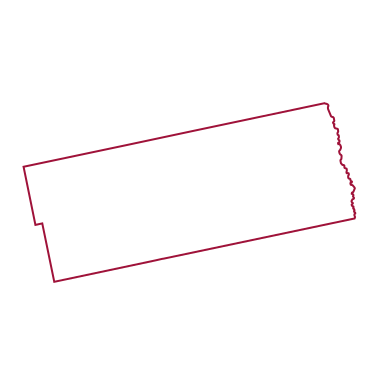 the district of Walsh, North Dakota, United States of America, rotated 348°
{"feature_id": "52423323B16407049475855", "entity_name": "Walsh", "entity_type": "district", "adm_level": 2, "iso_a3": "USA", "parent_name": "United States of America", "parent_adm1": "North Dakota", "projection": "equal_earth", "projection_center": [-97.196, 48.369], "detail": "fine", "context": "isolated", "style": "outline", "palette": "rose", "viewbox_px": 384, "rotation_deg": 348, "n_neighbors": 0, "source": "geoboundaries", "source_scale": "gbopen_adm2", "svg_char_len": 2057}
<svg xmlns="http://www.w3.org/2000/svg" viewBox="0 0 384 384"><g transform="rotate(348 192 192)"><path d="M32.5,132.3L32.0,191.6L39.0,191.6L38.6,251.2L142.3,251.3L148.9,251.2L150.5,251.3L345.5,251.7L346.3,250.4L346.0,248.6L346.1,248.0L346.4,247.4L347.2,247.0L347.3,246.0L346.6,245.3L346.5,244.3L347.1,243.7L347.1,243.0L347.0,242.4L346.5,242.1L346.3,241.7L346.4,241.0L346.8,240.6L346.9,240.0L346.8,239.6L346.0,239.2L345.6,238.6L345.5,237.7L345.9,237.3L346.9,236.7L347.0,236.2L346.2,235.1L346.1,234.2L346.3,233.8L347.5,232.5L348.6,232.3L349.0,232.0L349.2,231.3L349.1,231.0L348.7,230.3L348.6,229.8L348.6,229.5L349.2,228.8L349.2,228.1L348.8,227.4L348.2,227.2L347.9,227.0L348.0,226.5L348.4,225.9L349.7,225.5L350.0,225.2L352.0,222.3L352.0,221.8L351.7,221.0L350.5,218.8L349.7,218.2L349.2,218.2L348.8,217.8L348.7,216.8L348.8,216.2L349.2,215.9L350.2,215.9L350.4,215.6L350.6,215.1L350.5,214.9L349.5,214.1L349.5,212.3L349.2,211.9L348.2,211.4L347.9,211.0L347.8,210.1L348.0,209.1L348.1,208.7L348.5,208.4L349.1,207.4L349.1,206.6L349.0,206.2L348.1,205.8L347.5,205.9L347.2,205.6L347.2,204.7L347.9,203.3L348.1,201.8L348.0,201.3L346.3,200.2L346.2,199.2L346.5,198.1L346.4,197.6L345.8,197.1L344.8,196.8L343.7,194.9L343.7,192.5L343.8,191.9L344.1,191.4L344.7,191.1L345.2,190.1L345.8,187.9L345.8,187.3L345.5,186.7L344.8,186.0L344.4,185.0L344.3,183.2L344.4,182.8L344.8,182.2L345.8,181.5L346.9,179.8L347.1,179.0L346.9,177.2L346.2,175.8L345.1,175.6L345.0,174.6L345.2,174.3L346.6,173.7L346.9,172.9L346.9,172.2L346.4,171.7L346.0,170.8L346.0,170.3L346.8,169.5L347.1,168.9L347.3,167.7L347.1,166.8L346.5,166.4L346.4,166.2L346.4,165.0L346.6,164.5L347.5,163.4L347.7,162.0L347.7,160.8L347.3,160.4L345.3,159.4L344.9,158.7L344.7,157.7L344.8,156.1L345.2,155.8L345.4,155.3L345.0,154.7L344.5,154.3L344.4,153.4L344.7,153.0L345.7,152.4L346.0,151.8L346.1,149.1L345.7,148.2L344.1,147.3L343.7,146.6L343.6,146.0L342.3,138.9L342.6,137.2L343.3,136.2L343.4,135.5L343.0,134.6L342.1,133.8L340.5,133.1L340.1,132.7L205.8,132.5L136.5,132.5L32.5,132.3Z" fill="none" stroke="#9f1239" stroke-width="2"/></g></svg>